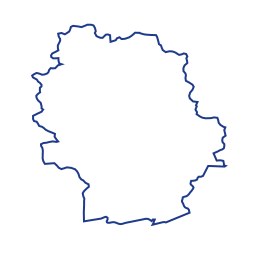 Dungun, Terengganu, Malaysia (Natural Earth projection), rotated 97°
{"feature_id": "92858781B15989569853600", "entity_name": "Dungun", "entity_type": "district", "adm_level": 2, "iso_a3": "MYS", "parent_name": "Malaysia", "parent_adm1": "Terengganu", "projection": "natural_earth1", "projection_center": [103.127, 4.682], "detail": "fine", "context": "isolated", "style": "outline", "palette": "blue", "viewbox_px": 256, "rotation_deg": 97, "n_neighbors": 0, "source": "geoboundaries", "source_scale": "gbopen_adm2", "svg_char_len": 3321}
<svg xmlns="http://www.w3.org/2000/svg" viewBox="0 0 256 256"><g transform="rotate(97 128 128)"><path d="M32.1,128.1L32.6,132.6L35.0,134.7L36.1,135.8L37.9,137.9L39.8,141.8L40.5,145.2L39.0,147.5L40.3,149.9L42.4,150.9L44.6,155.8L41.4,156.5L38.1,157.1L37.6,159.3L38.1,161.4L41.6,164.2L41.8,166.7L40.7,170.4L37.7,172.5L35.9,171.8L32.9,172.9L30.5,174.6L30.0,176.8L30.4,180.8L32.0,183.6L33.5,186.4L33.3,189.8L33.3,194.9L34.6,197.0L37.2,197.4L39.4,198.1L41.4,200.4L42.7,202.1L41.8,205.6L42.9,208.8L45.7,207.9L47.9,206.2L49.7,206.0L52.2,206.8L54.6,207.7L57.5,207.3L59.4,206.6L61.4,209.4L63.2,212.2L65.3,213.2L66.9,212.8L68.0,210.7L67.7,208.3L67.1,205.6L69.9,205.1L72.3,204.1L72.8,201.7L74.3,205.1L77.5,207.5L78.0,210.0L78.0,212.0L80.1,213.4L82.1,213.7L83.6,214.7L85.0,217.3L85.6,219.8L84.9,222.2L84.5,225.4L86.0,227.7L87.6,229.5L89.1,228.7L89.3,228.6L91.1,224.3L92.8,223.0L94.1,220.7L95.8,219.0L97.4,219.0L98.7,220.3L101.3,220.1L103.3,219.6L105.4,221.8L107.4,223.0L109.6,222.2L111.5,220.7L113.7,217.7L117.0,216.4L119.0,216.2L120.0,214.5L122.4,215.8L125.1,220.1L127.5,223.7L130.7,223.3L132.5,222.2L132.9,219.4L134.7,217.9L136.8,216.4L137.3,213.4L138.3,211.5L139.7,209.6L140.8,206.8L141.8,203.0L142.7,199.8L145.6,199.8L148.0,197.7L149.9,195.7L150.5,197.2L150.5,201.3L151.6,204.7L152.5,207.0L153.2,210.0L154.7,212.4L156.5,212.0L158.0,210.7L160.6,209.8L164.7,209.4L168.7,209.0L171.1,208.1L173.7,206.2L173.4,204.3L172.6,200.4L171.9,196.8L173.9,194.0L175.9,191.9L176.9,189.1L175.9,186.8L174.5,183.8L174.5,179.5L175.4,175.5L177.2,173.3L179.5,171.6L182.8,170.1L184.8,168.0L185.4,166.1L187.6,163.5L188.7,160.3L191.1,159.7L193.3,161.8L196.1,164.0L198.3,165.0L201.3,164.0L203.5,162.7L205.9,162.7L209.4,162.2L217.0,161.6L226.0,160.3L221.2,143.7L219.5,140.7L218.8,139.1L219.5,137.4L221.0,137.1L222.3,137.4L223.1,137.8L224.2,137.4L224.5,136.5L224.4,135.2L224.0,133.7L223.4,132.1L223.2,129.8L223.7,127.3L224.2,125.8L224.3,123.8L223.9,122.1L223.3,120.8L222.5,119.0L215.9,99.1L215.8,96.9L216.7,94.7L217.5,93.2L215.8,92.2L215.6,90.3L218.2,91.0L218.9,91.0L221.0,91.8L217.3,82.1L216.9,80.2L217.1,78.9L204.6,56.6L201.8,57.6L200.6,58.8L200.4,60.3L199.7,61.8L198.7,62.8L197.3,63.6L196.2,64.1L194.9,65.2L193.8,65.6L191.9,65.2L190.2,65.2L189.5,64.0L188.6,61.7L187.8,60.7L186.0,59.3L184.4,58.5L182.9,57.4L180.5,56.1L179.1,55.7L177.9,56.6L176.4,58.8L175.2,59.2L172.8,58.9L172.4,56.8L171.8,54.7L170.8,53.2L168.9,52.8L167.7,51.8L167.5,49.7L166.4,47.7L155.9,43.8L154.5,27.4L153.7,26.5L153.4,28.1L151.0,28.7L149.0,29.4L148.8,32.4L149.5,36.0L142.7,40.0L140.3,36.0L138.8,33.9L137.7,31.7L136.4,30.4L134.7,30.2L132.3,30.4L130.5,32.4L128.6,33.0L126.1,32.8L123.7,30.2L122.4,30.7L118.3,32.2L115.5,31.5L115.2,33.4L113.7,36.6L111.8,38.6L109.4,39.4L107.0,40.5L107.0,43.9L108.1,46.9L108.9,52.2L108.7,55.4L107.8,58.0L105.9,61.6L103.9,61.4L101.5,63.3L98.0,62.4L97.2,63.3L93.7,62.2L93.7,63.9L93.7,66.7L91.0,70.3L88.6,71.2L85.4,70.7L82.1,68.6L79.1,67.8L77.1,69.3L75.4,72.9L74.1,76.3L71.2,77.1L68.8,76.9L66.9,77.6L64.7,79.9L61.8,80.3L59.0,79.5L56.4,77.1L54.7,77.4L51.6,78.6L49.8,77.8L47.5,79.3L47.2,81.8L48.3,83.5L49.2,86.1L48.3,88.2L47.4,89.9L46.6,93.1L46.8,96.3L48.1,99.8L46.4,103.0L44.4,104.2L42.0,105.3L41.1,107.4L37.7,108.7L34.1,110.2L32.4,111.5L32.6,113.6L32.9,117.0L33.1,120.9L33.1,123.4L32.4,127.9L32.1,128.1Z" fill="none" stroke="#1e3a8a" stroke-width="2"/></g></svg>